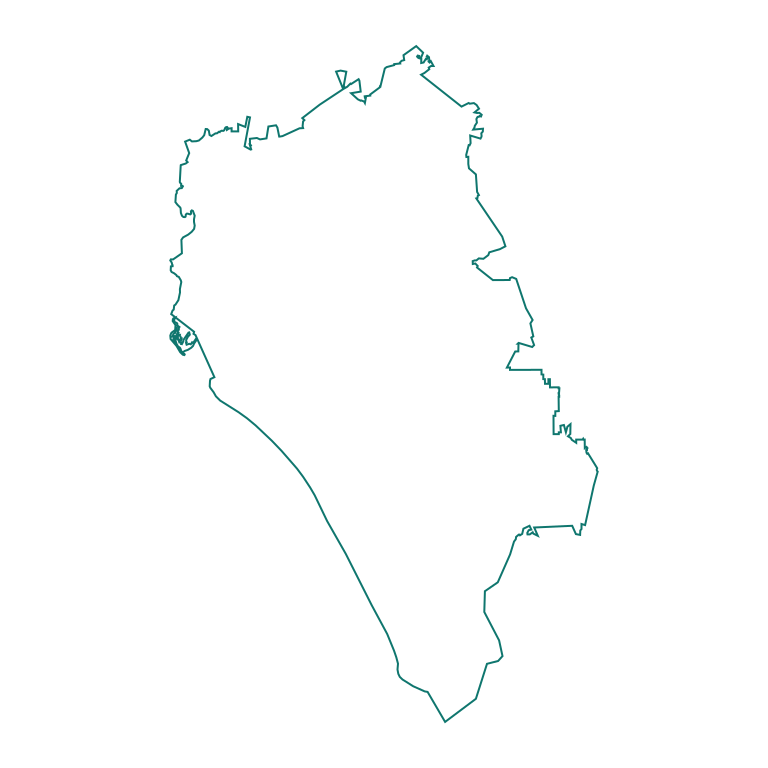 the district of Angostura, Sinaloa, Mexico
{"feature_id": "50627088B44837755081847", "entity_name": "Angostura", "entity_type": "district", "adm_level": 2, "iso_a3": "MEX", "parent_name": "Mexico", "parent_adm1": "Sinaloa", "projection": "robinson", "projection_center": [-108.177, 25.118], "detail": "fine", "context": "isolated", "style": "outline", "palette": "teal", "viewbox_px": 768, "rotation_deg": 0, "n_neighbors": 0, "source": "geoboundaries", "source_scale": "gbopen_adm2", "svg_char_len": 6070}
<svg xmlns="http://www.w3.org/2000/svg" viewBox="0 0 768 768"><path d="M533.3,336.4L530.4,323.4L532.6,320.0L526.0,308.3L516.2,278.9L512.1,277.2L510.0,278.1L509.7,280.0L492.9,280.1L477.0,267.5L477.7,266.0L475.3,263.5L472.8,264.0L472.7,261.1L474.7,260.4L476.4,260.4L478.8,258.4L483.4,258.8L488.3,255.1L489.3,252.3L500.0,249.1L505.4,246.3L502.2,236.6L476.3,198.4L477.4,198.1L477.8,195.7L478.9,195.1L477.1,191.9L475.9,174.4L469.0,168.4L468.3,164.0L468.3,156.8L466.4,157.0L466.2,154.9L468.7,145.1L469.6,145.3L470.6,143.2L470.2,135.5L480.5,138.6L481.4,136.9L481.6,136.0L481.3,133.3L482.8,131.6L483.0,128.7L473.2,129.6L474.5,127.4L474.8,125.8L476.9,122.7L476.4,119.1L476.8,118.2L477.6,116.9L478.9,116.8L479.5,116.0L481.0,116.5L481.7,114.8L479.3,112.8L477.1,113.0L474.5,112.4L479.0,108.7L476.6,105.0L473.9,103.1L469.7,103.7L468.7,103.0L461.5,106.6L421.1,74.7L424.4,73.0L429.3,69.2L428.7,67.6L431.1,66.0L433.5,66.0L430.8,61.1L429.6,62.5L428.6,61.6L429.3,60.4L429.0,57.2L427.2,55.7L426.8,56.5L427.7,56.9L426.8,59.3L425.9,58.8L423.6,62.5L421.2,63.0L421.3,58.8L418.4,58.0L418.1,58.5L418.2,57.9L417.1,56.6L417.7,55.6L419.1,55.9L418.7,57.2L421.2,57.4L423.1,52.7L416.2,46.1L403.5,55.2L404.2,60.1L401.6,60.8L399.9,62.6L400.2,63.5L394.2,64.1L394.2,65.1L386.6,67.1L384.8,68.5L380.4,86.5L380.0,86.3L379.6,87.5L370.2,94.5L370.3,95.6L364.7,96.3L364.9,97.7L365.9,97.6L364.9,103.0L364.1,101.5L361.1,100.4L360.6,100.7L357.8,99.3L351.1,93.2L360.7,91.6L359.4,80.7L358.6,79.2L351.0,84.1L350.4,83.6L347.2,86.8L344.9,88.1L343.8,85.5L346.3,71.7L340.6,70.6L336.1,71.6L343.2,89.1L319.8,104.6L302.3,118.1L304.4,120.1L303.1,121.4L302.6,126.2L303.1,128.1L299.5,128.3L282.5,136.1L279.6,136.6L279.2,136.6L277.4,127.6L276.0,125.3L268.4,126.5L266.5,138.4L260.0,139.4L256.9,138.0L249.9,138.8L250.0,144.4L251.6,146.0L249.9,145.1L251.2,149.4L250.6,149.6L244.6,146.3L250.0,117.4L247.3,116.8L245.3,126.9L238.1,124.1L238.2,131.4L231.6,131.4L231.6,128.2L228.8,128.6L226.9,129.9L226.8,129.3L227.7,128.5L227.8,127.9L227.1,127.0L226.2,127.1L225.3,127.7L224.1,130.4L223.2,130.9L221.7,130.7L219.9,131.6L219.7,132.1L218.9,131.8L217.0,133.3L215.4,133.4L211.4,136.0L209.6,135.0L208.8,130.6L207.2,129.1L205.7,129.0L204.2,135.2L202.3,137.6L198.9,140.5L196.3,141.2L191.9,141.4L189.8,139.7L185.1,141.6L189.2,153.1L186.2,160.5L187.6,162.1L185.8,163.5L180.8,165.1L180.7,165.6L179.8,181.9L180.0,182.6L181.2,183.8L181.1,185.9L182.6,185.9L182.9,186.3L181.8,188.1L179.5,188.3L176.7,190.9L176.8,193.0L175.9,194.6L175.4,202.1L177.4,204.7L180.3,207.6L180.6,208.6L180.9,213.0L182.0,215.8L183.4,217.0L184.9,217.1L185.6,216.6L185.8,214.6L186.7,213.7L187.9,213.7L190.2,214.4L191.1,213.7L190.9,211.3L191.8,210.4L192.9,210.9L194.7,215.7L194.0,219.2L194.0,221.9L194.7,225.6L194.1,228.9L191.7,231.8L188.2,234.6L183.1,237.4L181.4,239.8L181.9,253.3L173.1,259.4L170.8,259.4L170.3,260.5L171.7,262.5L172.2,264.7L172.6,265.1L172.6,266.2L170.9,266.4L170.7,270.3L171.6,272.0L174.0,273.2L176.3,275.0L177.0,276.2L178.8,276.9L180.8,280.3L181.3,282.0L179.9,289.1L180.0,292.5L178.4,300.1L175.5,304.6L174.2,305.5L173.7,309.6L172.6,310.5L171.2,314.1L194.1,331.8L193.5,333.8L195.5,335.1L214.4,377.2L210.5,379.0L210.0,380.8L209.7,386.3L210.3,387.8L213.6,392.2L215.9,396.3L220.2,400.6L238.4,412.1L246.8,418.1L255.6,425.4L271.8,440.7L281.5,450.8L297.0,468.6L303.1,476.8L310.2,487.6L314.7,495.3L327.1,521.0L345.8,553.9L371.7,605.2L387.2,634.0L394.0,650.6L396.3,657.3L398.0,663.7L397.5,669.5L398.3,673.8L399.8,676.9L402.5,679.5L413.1,686.2L424.7,691.4L427.6,691.9L445.1,721.9L475.9,698.8L487.0,663.8L498.1,661.0L502.5,656.1L499.1,640.4L484.3,612.0L484.9,591.2L497.8,582.3L510.1,554.4L514.0,541.6L515.8,539.2L516.1,536.9L518.8,534.6L519.5,534.6L520.0,535.3L522.2,533.9L523.4,528.7L529.5,525.8L531.3,529.6L528.7,530.2L527.3,532.9L527.5,534.4L529.8,534.4L532.7,532.3L533.3,533.6L537.8,535.8L534.2,527.5L572.2,525.8L575.9,534.1L580.1,534.9L580.3,530.5L581.5,529.0L581.5,524.0L585.1,525.1L593.8,485.5L597.7,471.6L597.0,470.8L596.7,469.8L597.2,468.2L588.0,453.3L587.2,453.8L586.5,452.7L586.2,450.1L587.0,450.0L587.0,448.3L587.4,448.0L586.5,446.9L584.8,448.1L584.7,439.6L583.7,439.7L583.2,438.7L582.6,439.6L576.2,439.6L576.2,442.8L571.8,439.8L570.8,438.0L568.0,436.3L570.3,434.0L570.5,424.1L567.4,426.7L565.9,432.3L563.9,425.0L560.4,425.8L560.9,432.3L558.8,432.3L558.8,434.1L553.6,434.1L553.5,415.8L555.3,415.9L555.3,411.3L558.8,411.1L558.6,396.8L559.2,396.8L559.2,395.3L558.9,395.1L559.0,393.8L558.6,393.7L558.6,392.7L559.1,392.2L559.4,388.3L558.6,388.3L558.6,387.3L550.0,387.4L549.9,379.2L548.4,379.2L548.4,383.8L545.0,383.8L544.9,379.2L543.3,379.1L543.3,374.6L541.5,374.4L541.5,369.8L510.0,369.9L510.0,367.5L506.9,367.6L515.2,351.5L518.3,351.4L518.5,343.7L517.8,343.7L518.6,342.9L532.2,347.0L534.1,345.1L531.3,337.5L533.3,336.4ZM186.6,344.7L186.0,342.7L186.7,342.2L186.2,341.3L186.2,339.9L188.4,335.9L189.3,335.5L189.8,334.6L189.2,332.4L188.5,332.6L184.2,338.8L183.4,340.1L183.4,341.1L182.3,343.4L181.7,343.5L181.7,344.1L181.1,344.0L181.3,342.4L179.4,342.5L178.6,340.3L176.9,338.5L176.9,337.5L177.5,336.5L177.9,336.6L177.9,338.9L180.4,340.4L181.1,340.3L181.7,338.3L180.8,338.1L180.5,336.5L179.6,335.5L179.8,334.9L177.3,335.2L178.3,334.6L178.5,333.4L177.0,334.1L175.4,337.0L175.6,340.8L176.5,343.7L178.0,346.4L179.8,347.6L180.4,348.5L181.6,352.0L183.6,351.8L184.6,351.0L187.8,349.9L191.3,347.7L193.0,346.0L194.1,343.5L197.2,339.0L196.5,338.0L193.2,342.8L192.9,343.0L192.1,342.3L190.8,344.3L189.2,343.8L186.6,344.7ZM172.3,336.5L173.6,333.7L175.2,332.9L175.0,332.0L175.3,329.9L171.5,332.7L170.9,333.9L170.3,335.6L170.6,339.0L176.5,345.9L180.2,352.2L182.8,354.7L184.3,355.1L184.7,354.6L184.4,353.9L182.6,353.4L180.7,351.6L176.3,343.9L175.7,341.1L175.1,341.0L174.8,341.5L174.1,339.7L173.4,339.5L173.7,337.4L174.9,336.5L174.9,336.1L174.2,336.0L172.3,336.5ZM178.9,327.5L179.4,327.0L177.4,325.5L177.3,323.7L176.8,323.0L174.9,322.1L174.2,321.1L174.3,319.5L175.3,317.6L173.4,318.4L172.9,319.1L172.7,321.1L175.5,325.1L175.2,329.7L175.5,329.8L176.8,328.0L176.7,330.2L177.8,333.1L178.2,332.7L177.7,331.2L178.8,329.8L178.9,327.5Z" fill="none" stroke="#0f766e" stroke-width="2"/></svg>